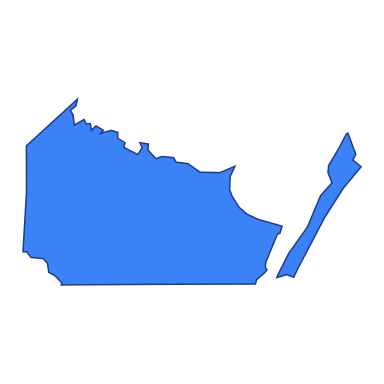 outline of Nueces, Texas, United States of America
{"feature_id": "52423323B60755765681698", "entity_name": "Nueces", "entity_type": "district", "adm_level": 2, "iso_a3": "USA", "parent_name": "United States of America", "parent_adm1": "Texas", "projection": "albers", "projection_center": [-97.486, 27.777], "detail": "fine", "context": "isolated", "style": "filled", "palette": "blue", "viewbox_px": 384, "rotation_deg": 0, "n_neighbors": 0, "source": "geoboundaries", "source_scale": "gbopen_adm2", "svg_char_len": 1106}
<svg xmlns="http://www.w3.org/2000/svg" viewBox="0 0 384 384"><path d="M23.0,251.8L26.7,251.8L31.0,257.4L43.2,258.6L47.5,263.4L48.7,272.3L54.6,275.4L61.8,282.9L61.2,284.9L162.0,284.3L255.4,284.0L256.7,279.6L264.0,273.3L267.0,269.9L265.7,267.9L265.3,265.3L266.1,261.4L277.5,233.9L279.8,233.5L282.1,226.2L258.5,219.5L247.0,214.1L239.0,207.2L232.3,196.6L229.6,189.7L229.7,187.9L229.9,182.2L230.2,176.5L234.9,166.3L219.9,172.6L200.0,172.2L187.9,163.6L176.2,162.2L173.5,157.6L162.0,156.5L155.9,158.6L148.0,150.1L148.3,144.0L139.9,142.7L142.2,147.8L137.6,154.5L123.7,147.3L125.1,142.8L117.6,138.2L117.8,132.5L111.3,130.3L100.5,133.5L103.4,130.4L96.0,125.9L91.5,130.2L90.3,123.6L86.0,123.8L84.1,119.5L74.3,125.0L73.2,115.2L70.4,110.3L75.9,106.0L77.5,99.1L26.4,145.9L26.5,192.1L23.0,251.8ZM347.9,133.1L346.3,134.1L338.7,148.6L328.6,165.5L328.0,172.6L332.0,182.8L320.6,195.6L307.3,227.2L289.2,252.7L289.0,252.9L279.0,272.6L276.8,277.6L286.6,274.6L293.8,277.2L297.7,268.8L324.6,217.6L343.3,188.2L360.5,167.5L361.0,166.6L352.8,160.1L355.8,154.3L347.9,133.1Z" fill="#3b82f6" stroke="#1e3a8a" stroke-width="1.5"/></svg>